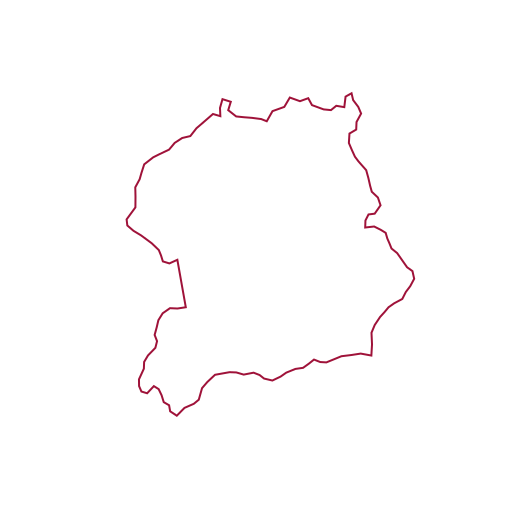 Charqueada, São Paulo, Brazil, rotated 235°
{"feature_id": "56859067B6350231232684", "entity_name": "Charqueada", "entity_type": "district", "adm_level": 2, "iso_a3": "BRA", "parent_name": "Brazil", "parent_adm1": "São Paulo", "projection": "robinson", "projection_center": [-47.747, -22.525], "detail": "fine", "context": "isolated", "style": "outline", "palette": "rose", "viewbox_px": 512, "rotation_deg": 235, "n_neighbors": 0, "source": "geoboundaries", "source_scale": "gbopen_adm2", "svg_char_len": 1810}
<svg xmlns="http://www.w3.org/2000/svg" viewBox="0 0 512 512"><g transform="rotate(235 256 256)"><path d="M395.9,291.6L394.8,280.5L391.9,271.0L395.0,263.2L395.3,254.3L393.0,245.8L394.8,235.2L395.8,228.4L395.2,217.0L389.9,210.0L385.6,204.7L381.5,196.5L373.7,191.3L365.0,185.1L360.2,171.0L354.8,168.1L346.9,170.1L339.0,173.6L331.9,176.0L326.2,177.9L316.6,179.8L310.9,178.5L305.0,176.6L299.6,180.8L298.0,189.4L254.3,169.1L258.0,161.6L262.6,155.6L262.6,146.7L259.4,139.2L254.4,133.6L249.5,127.7L243.0,126.1L238.5,120.9L236.5,110.5L233.4,103.6L228.0,99.5L222.1,89.4L216.5,85.6L210.7,84.4L206.0,88.1L208.0,97.7L202.8,99.9L196.1,98.8L189.2,96.6L183.6,99.2L178.0,96.6L170.6,99.5L172.6,110.3L170.6,120.3L171.1,126.7L178.7,136.0L180.7,143.8L182.2,154.3L176.0,167.7L171.9,173.1L165.9,177.9L161.8,187.1L156.4,190.7L151.0,192.3L144.6,198.0L143.1,207.0L143.1,213.9L140.9,223.5L137.4,230.4L137.5,237.9L137.9,244.1L132.3,247.8L128.5,252.6L126.7,260.5L124.9,268.5L120.2,277.3L116.0,285.8L108.3,293.4L117.0,300.3L126.9,306.6L131.4,313.7L134.9,322.7L136.3,329.0L138.0,335.2L138.0,342.1L136.9,351.2L140.6,358.1L142.8,365.0L146.6,372.5L153.9,375.5L160.1,373.3L177.4,373.3L184.4,371.3L189.5,372.5L195.0,373.6L200.6,375.5L205.9,373.2L212.4,369.7L216.7,361.8L222.3,366.0L225.5,372.0L222.6,377.5L226.1,387.1L234.0,389.4L242.2,387.7L247.9,389.7L255.5,392.8L263.1,395.5L274.7,394.2L280.6,394.0L287.7,395.3L295.3,396.9L302.7,402.8L302.1,410.6L308.1,415.2L312.4,423.8L319.5,425.3L328.0,425.0L334.5,427.6L335.2,420.8L327.3,413.7L333.0,407.9L332.5,401.1L337.3,395.5L347.5,388.4L355.3,389.3L357.6,380.8L366.4,374.6L361.9,364.7L365.2,352.6L360.2,342.1L365.2,338.8L371.5,331.9L376.6,325.7L381.7,319.8L391.4,316.9L396.8,323.8L403.7,318.5L397.9,311.4L391.0,307.0L397.0,302.2L395.9,291.6Z" fill="none" stroke="#9f1239" stroke-width="2"/></g></svg>